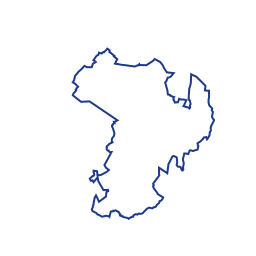 Dikļu pag., Kocenu, Latvia (orthographic projection), rotated 44°
{"feature_id": "27541924B58624620212136", "entity_name": "Dikļu pag.", "entity_type": "district", "adm_level": 2, "iso_a3": "LVA", "parent_name": "Latvia", "parent_adm1": "Kocenu", "projection": "orthographic", "projection_center": [25.062, 57.572], "detail": "fine", "context": "isolated", "style": "outline", "palette": "blue", "viewbox_px": 256, "rotation_deg": 44, "n_neighbors": 0, "source": "geoboundaries", "source_scale": "gbopen_adm2", "svg_char_len": 5620}
<svg xmlns="http://www.w3.org/2000/svg" viewBox="0 0 256 256"><g transform="rotate(44 128 128)"><path d="M161.8,46.4L160.4,44.9L159.0,46.2L157.2,47.5L154.5,43.9L153.2,43.8L142.1,43.6L140.8,43.9L136.1,45.5L141.8,51.8L143.6,54.8L144.8,57.3L145.1,57.7L145.7,58.1L146.5,59.3L147.0,59.8L150.0,63.4L150.6,63.9L150.8,64.5L151.3,64.8L151.7,64.9L152.3,65.5L153.5,65.3L156.0,67.0L156.5,67.5L156.7,68.4L158.3,70.0L158.7,71.2L156.6,71.5L156.1,72.1L152.7,73.7L152.4,72.4L150.7,67.5L148.4,68.7L146.2,70.9L144.5,71.5L146.1,74.8L144.8,75.9L144.8,76.3L144.6,76.4L144.0,77.1L143.7,76.8L142.8,76.7L142.6,76.6L142.3,76.3L141.6,76.3L141.4,76.0L141.3,75.9L140.6,75.7L140.3,75.2L140.2,74.9L139.7,74.8L139.3,74.4L139.4,73.9L136.0,75.4L135.3,75.0L133.4,76.2L130.1,73.5L123.2,69.5L123.0,67.6L121.6,64.2L122.0,64.0L123.1,61.4L122.7,56.8L117.3,61.0L112.0,59.8L110.0,58.9L108.6,58.6L105.2,58.2L99.3,59.8L99.4,62.1L97.6,70.1L92.4,74.8L91.8,74.4L91.8,74.5L92.2,74.9L92.2,75.0L91.9,74.9L91.4,76.3L90.1,79.1L81.5,85.4L80.0,86.6L78.2,87.9L76.8,88.7L74.0,90.8L73.9,90.8L73.9,90.2L73.3,88.8L73.0,88.0L72.5,86.0L70.6,86.1L68.3,86.3L68.3,85.6L64.0,85.9L61.8,86.3L60.9,84.9L58.7,85.1L58.0,85.3L58.2,86.8L58.1,90.2L57.4,90.5L57.4,92.4L56.8,92.6L56.8,93.1L54.8,94.0L55.9,96.0L55.8,96.3L55.4,97.1L55.3,98.5L55.5,99.6L55.7,101.4L56.0,102.0L56.0,103.2L58.4,102.9L59.0,102.9L58.1,106.1L59.7,109.5L56.3,112.7L53.5,113.6L53.7,117.6L53.3,121.9L53.8,127.5L56.0,131.0L56.6,133.5L59.1,132.9L63.5,133.0L63.5,133.9L63.3,135.0L63.6,135.8L63.7,136.6L64.4,136.6L64.7,138.1L64.8,141.1L65.6,142.8L76.0,141.8L81.8,135.6L115.1,129.8L114.4,132.0L114.1,132.6L114.2,132.8L114.2,133.0L113.8,133.3L114.4,133.5L114.5,133.7L114.7,133.8L114.3,134.0L114.5,134.3L114.5,134.6L114.5,134.8L114.5,135.2L114.6,135.3L114.6,135.5L114.8,135.7L114.9,136.2L114.9,136.4L114.7,136.4L114.6,136.5L114.8,137.0L114.8,137.3L114.9,137.6L116.0,138.2L117.6,138.8L118.6,139.4L121.6,141.0L122.1,141.5L122.7,142.3L123.4,143.6L123.4,143.8L123.5,144.3L123.6,145.7L123.7,146.1L124.2,147.3L125.3,148.6L125.7,148.9L126.1,149.1L126.7,148.9L126.8,148.9L126.9,149.0L126.7,149.5L126.5,150.0L126.3,150.2L126.3,150.5L126.1,150.8L125.9,151.7L125.7,152.0L125.6,152.8L125.8,153.5L125.5,154.8L125.4,155.4L125.5,156.0L125.8,156.4L126.0,156.4L126.2,156.8L126.4,156.8L126.8,157.5L127.3,157.8L127.4,158.0L127.8,158.0L128.5,158.4L129.3,158.1L129.9,158.1L130.0,158.0L130.3,158.0L130.3,157.9L130.8,158.1L131.7,157.9L132.4,157.5L132.6,156.9L132.8,156.7L135.0,164.4L136.8,171.0L139.6,171.9L143.4,171.5L143.3,172.2L143.3,173.8L142.3,177.1L141.8,178.4L141.3,180.2L139.0,183.3L135.8,180.6L132.9,182.6L134.3,184.0L134.9,184.1L135.3,184.3L135.7,184.7L136.4,185.3L136.5,186.0L135.9,187.3L135.9,188.2L135.7,190.4L135.8,191.1L138.1,191.7L138.9,190.3L140.8,190.9L140.6,187.2L140.5,186.0L140.4,184.6L142.2,185.8L143.6,186.9L153.5,189.7L156.6,186.4L157.6,187.1L157.0,189.0L157.3,189.5L159.8,192.6L158.6,199.9L158.4,201.2L155.8,200.2L154.9,199.8L151.8,198.7L152.1,199.9L152.2,200.4L152.3,201.0L152.6,201.3L152.8,201.8L155.1,205.4L156.0,206.7L156.5,207.0L156.7,208.2L157.5,209.2L158.1,210.4L158.4,211.5L159.7,212.4L159.9,212.4L160.9,212.2L164.1,211.2L164.9,211.2L166.2,211.4L168.0,210.5L170.1,210.1L170.7,209.9L171.0,209.6L171.8,208.6L172.8,206.9L173.6,206.1L175.4,204.9L176.3,204.9L174.2,201.0L173.9,200.5L173.9,200.4L173.9,200.2L173.9,199.9L173.8,199.7L174.7,198.9L175.3,197.8L175.2,197.7L175.5,197.6L175.6,197.0L176.0,196.5L176.2,195.9L177.3,195.5L177.7,195.6L177.9,195.4L178.6,195.3L178.8,195.1L179.2,195.1L179.8,194.9L180.1,195.0L180.3,195.2L181.0,195.2L181.5,195.3L181.8,195.4L181.9,195.5L182.0,195.8L182.7,195.9L182.7,196.2L182.9,196.4L183.2,196.3L183.3,196.4L183.7,196.2L183.9,195.9L184.0,195.7L184.3,195.9L184.5,195.8L184.6,195.6L185.0,195.5L185.2,195.4L185.2,195.5L186.1,195.5L190.5,192.8L191.5,192.9L191.8,191.4L192.1,190.3L192.4,189.9L192.3,189.6L192.3,189.3L192.7,188.7L193.3,188.3L193.0,187.7L192.7,186.6L192.9,185.8L193.1,185.6L193.2,185.2L193.4,184.6L194.3,184.1L194.8,183.9L195.0,183.7L195.0,183.3L195.0,182.9L195.1,182.6L195.1,182.3L195.2,182.1L195.8,181.6L196.3,181.4L196.8,180.9L197.2,180.2L197.6,179.6L197.7,179.4L197.7,178.9L197.7,178.2L197.7,173.7L197.7,173.3L197.7,172.9L198.1,172.2L198.2,171.8L198.2,171.1L198.3,170.9L198.6,170.7L199.1,170.2L200.5,169.4L200.8,169.3L201.4,168.8L201.5,168.6L201.4,167.6L201.7,166.9L202.3,166.2L202.5,165.6L202.7,165.2L202.2,163.4L202.4,160.3L202.1,159.6L201.5,158.8L201.6,158.5L202.3,157.2L202.1,154.9L201.5,153.5L195.2,154.9L194.5,154.5L193.5,154.2L189.4,153.6L188.4,153.4L187.5,153.0L186.5,152.5L186.3,151.2L184.9,150.8L184.7,150.1L183.4,140.3L182.2,139.5L182.0,139.2L181.8,139.0L179.0,136.2L177.9,135.0L186.7,133.4L187.7,133.3L182.1,125.7L181.5,123.4L180.6,120.3L180.2,119.3L179.7,117.8L180.4,116.3L183.5,115.3L187.3,118.6L188.8,120.9L190.9,121.1L192.3,119.8L193.3,119.7L194.2,120.0L194.3,120.2L195.0,120.5L195.5,120.8L195.7,120.7L196.0,120.8L196.1,120.7L196.6,120.8L196.8,120.6L196.7,119.5L195.0,118.2L193.2,115.4L192.4,114.4L189.8,112.9L189.2,112.3L188.8,111.7L186.4,107.5L186.2,107.3L187.0,106.4L189.4,104.9L188.0,101.3L188.4,100.8L189.1,100.1L190.6,99.6L191.9,97.2L193.0,95.2L191.2,92.1L190.8,92.2L188.6,90.7L189.5,86.9L189.4,83.1L189.1,82.2L190.6,80.2L191.7,80.7L192.7,81.2L192.6,80.0L192.4,79.3L191.8,76.8L189.7,74.1L189.5,72.4L187.4,70.5L186.7,69.4L186.8,69.2L186.3,68.2L185.9,67.1L185.4,65.3L185.0,64.1L184.8,63.3L184.5,62.7L184.3,62.5L182.7,62.3L181.6,62.0L180.4,61.3L180.1,60.9L178.0,57.5L175.9,57.0L175.6,56.6L175.1,55.5L170.9,55.3L168.2,53.7L165.9,51.2L165.7,50.7L165.0,49.8L164.5,49.1L163.1,47.7L161.8,46.5L161.8,46.4Z" fill="none" stroke="#1e3a8a" stroke-width="2"/></g></svg>